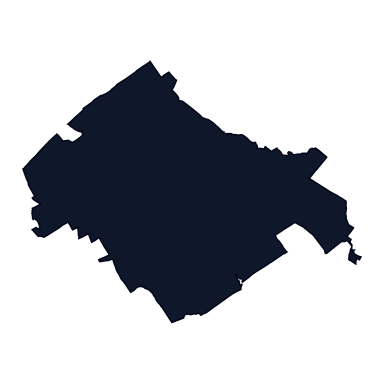 Albesti, Botosani, Romania (Albers equal-area conic projection)
{"feature_id": "2599482B63147515307079", "entity_name": "Albesti", "entity_type": "district", "adm_level": 2, "iso_a3": "ROU", "parent_name": "Romania", "parent_adm1": "Botosani", "projection": "albers", "projection_center": [27.098, 47.691], "detail": "fine", "context": "isolated", "style": "filled", "palette": "ink", "viewbox_px": 384, "rotation_deg": 0, "n_neighbors": 0, "source": "geoboundaries", "source_scale": "gbopen_adm2", "svg_char_len": 5949}
<svg xmlns="http://www.w3.org/2000/svg" viewBox="0 0 384 384"><path d="M125.7,284.6L130.7,292.3L131.3,291.9L133.8,290.4L135.0,289.4L135.9,288.2L137.6,287.1L139.4,286.5L142.3,286.6L142.7,286.9L144.3,287.4L145.0,288.3L145.7,288.6L146.9,288.9L149.6,290.3L149.8,290.8L150.6,291.4L153.2,294.1L153.6,295.7L154.6,296.4L155.1,297.4L155.7,299.0L156.3,300.1L157.8,302.3L160.0,304.6L160.9,306.1L162.1,307.4L171.9,322.5L183.7,317.9L183.7,317.3L184.7,314.9L187.2,314.1L188.7,314.1L189.8,314.6L190.4,314.6L191.6,314.5L193.4,313.9L196.5,314.0L198.7,313.1L200.9,315.2L202.1,314.7L203.4,313.6L204.2,313.5L206.7,312.4L213.7,307.1L216.3,305.4L230.0,295.5L231.8,294.4L232.1,294.0L237.0,291.3L240.9,289.5L240.8,287.7L241.3,286.6L241.9,284.4L239.1,284.5L239.3,283.0L238.9,281.7L239.2,281.6L238.8,280.8L238.4,280.8L237.7,279.8L237.3,278.3L236.3,276.6L236.2,275.8L236.3,275.1L236.1,273.8L237.2,275.7L238.4,276.9L238.8,277.8L239.6,278.7L240.4,279.0L242.2,278.6L243.0,279.4L242.8,279.7L242.1,281.3L242.2,281.9L242.4,282.1L245.3,280.0L249.6,276.7L250.6,275.6L254.4,272.8L267.1,264.8L270.0,262.7L271.6,261.9L283.9,253.4L284.3,253.7L287.0,251.9L285.8,250.8L283.3,247.6L282.7,246.6L282.3,245.5L281.5,244.7L281.0,243.7L279.3,241.5L278.5,240.5L277.1,239.3L275.1,235.3L286.8,227.5L290.2,225.5L294.8,222.4L303.1,226.9L313.3,235.2L324.2,249.5L324.6,250.3L325.4,253.4L325.7,253.3L326.5,253.4L327.1,253.0L335.1,246.5L341.5,241.5L344.4,241.6L347.2,240.5L351.7,245.8L351.6,247.3L351.5,248.0L351.3,248.4L350.5,249.3L350.6,249.6L350.5,250.3L349.7,253.4L349.0,254.8L349.2,255.0L349.3,255.4L349.3,255.9L349.0,256.4L349.3,256.9L348.9,257.7L348.8,258.3L348.8,259.3L349.1,259.8L349.7,260.4L350.2,260.3L350.8,260.4L351.6,261.3L353.7,262.7L354.2,262.6L354.4,262.7L354.5,263.2L354.6,263.3L355.7,264.0L355.9,261.3L356.5,259.4L356.9,259.0L357.6,258.8L358.1,258.9L358.9,259.6L359.4,259.8L361.0,256.9L358.7,256.3L355.2,254.5L354.7,254.0L353.3,252.0L354.3,250.1L352.3,250.5L352.1,249.5L351.3,249.3L351.2,249.0L351.7,248.1L351.8,247.5L351.8,246.3L352.0,245.6L351.9,245.0L351.6,244.4L349.8,242.3L351.0,239.3L349.7,238.7L346.9,236.5L351.7,230.5L353.5,227.8L349.3,225.2L348.2,224.4L348.0,223.0L347.4,222.3L346.5,219.3L346.1,218.8L346.1,215.8L345.6,214.0L345.7,212.9L346.1,210.9L346.0,210.2L346.4,208.8L345.9,205.0L346.1,204.0L346.0,202.7L346.1,201.3L342.5,198.8L340.2,197.4L339.1,197.0L338.3,196.3L336.6,195.2L334.2,194.0L330.3,191.9L309.3,178.5L315.4,170.8L317.2,169.0L318.2,167.6L325.3,159.1L326.7,157.1L318.9,150.5L316.0,148.4L315.6,148.0L313.9,148.9L312.1,148.3L311.1,148.6L310.4,149.3L309.5,149.5L309.1,150.8L307.0,153.3L306.6,154.2L305.5,153.2L302.9,153.4L302.3,153.2L301.4,153.8L300.3,154.2L298.6,154.1L296.0,154.4L294.6,154.8L293.5,154.8L293.1,154.6L291.5,152.8L290.8,152.3L288.8,151.8L288.0,152.6L287.9,152.8L288.5,155.0L288.0,155.9L287.5,156.3L286.5,155.5L285.9,155.3L284.0,155.4L282.7,155.0L282.1,154.4L280.7,152.0L280.0,151.4L279.3,150.5L277.6,149.5L277.2,148.3L276.8,148.2L275.9,148.5L274.4,149.8L273.5,149.9L273.2,150.1L272.9,150.8L272.6,151.1L271.9,151.2L271.3,151.2L270.7,151.0L269.9,150.1L268.9,149.7L268.2,148.8L266.9,148.3L266.3,147.4L265.8,146.9L265.2,146.7L265.0,147.2L264.7,147.5L264.4,148.8L263.8,149.0L262.3,148.6L256.8,148.3L257.3,147.1L257.0,146.8L257.3,145.9L256.0,144.1L255.7,143.5L255.8,143.2L255.7,142.9L255.4,142.6L255.2,143.0L254.7,142.6L254.1,142.5L252.3,142.7L249.6,140.9L248.4,139.7L247.8,138.8L246.6,137.8L243.0,135.2L242.4,135.0L241.2,134.7L238.7,135.1L237.5,135.0L235.6,134.6L233.1,134.7L231.4,133.7L230.0,133.6L226.6,133.7L224.4,133.3L224.0,133.2L224.0,132.2L223.6,132.3L222.9,131.8L221.4,132.0L221.8,131.8L222.2,131.2L221.8,131.0L219.1,128.2L212.8,122.6L208.0,119.4L205.7,119.0L203.9,118.1L202.6,118.0L199.8,115.0L191.9,108.5L183.3,101.8L181.8,101.1L180.3,100.9L179.0,100.3L178.4,99.3L178.6,98.4L178.6,97.9L177.5,96.0L176.0,94.1L171.9,89.9L173.8,86.8L176.5,80.3L175.2,79.2L174.2,78.6L173.9,77.8L171.6,75.5L168.8,72.2L163.8,75.3L163.4,75.9L162.6,76.3L161.2,77.6L150.1,61.5L150.0,61.8L149.4,62.2L143.1,66.3L136.7,70.7L136.1,71.5L134.7,72.6L125.3,79.3L123.3,80.5L117.9,83.9L116.3,85.2L116.4,85.5L114.9,86.9L112.4,88.7L109.3,91.7L107.7,92.5L106.8,93.3L103.1,94.9L102.1,95.7L101.0,95.4L94.4,99.8L93.7,100.5L94.0,100.6L91.1,102.9L84.0,107.9L83.3,108.6L83.7,108.8L83.4,109.7L80.6,112.5L74.7,117.7L70.5,121.8L67.8,124.2L68.7,124.6L69.6,125.3L70.6,126.5L72.5,127.4L72.8,127.8L73.8,128.7L74.5,129.0L75.5,129.8L76.7,130.2L77.8,130.9L80.1,131.7L82.0,131.7L81.8,132.3L82.2,132.9L82.6,134.6L82.5,135.0L82.2,135.5L80.8,136.8L77.6,139.3L74.4,141.4L72.8,142.2L71.5,142.5L70.8,141.5L70.4,141.3L69.6,141.6L68.7,140.4L68.4,140.3L62.9,141.1L61.1,138.7L57.9,134.9L57.1,134.3L56.6,134.2L56.4,134.7L55.1,135.7L48.3,142.1L48.1,142.6L47.1,143.4L40.3,150.6L35.8,155.7L30.1,161.3L28.3,163.6L27.6,164.2L26.8,165.3L25.8,166.0L24.9,167.2L24.4,168.0L23.0,168.9L23.1,169.4L26.1,177.8L26.8,179.5L28.0,182.0L28.3,183.3L28.7,184.1L28.4,184.1L28.5,185.1L34.8,196.3L32.3,198.0L33.6,199.7L40.6,204.2L34.1,207.6L32.3,208.3L32.5,208.7L32.7,210.0L32.4,210.6L32.0,210.9L32.5,211.8L32.5,212.1L32.4,212.5L31.9,213.0L32.2,213.8L32.4,216.1L32.7,216.6L32.7,217.0L32.5,217.7L32.5,218.3L32.8,218.9L33.2,219.5L34.2,218.8L34.9,218.8L35.1,218.9L35.8,219.7L36.0,219.5L36.4,219.7L38.2,222.2L39.3,225.5L39.6,226.2L40.0,227.3L38.6,228.7L38.0,229.0L36.0,227.5L32.3,229.6L32.1,229.8L33.2,230.7L37.1,235.2L38.4,236.4L39.0,236.1L40.7,236.2L42.2,236.5L43.7,237.2L45.6,236.3L58.2,228.4L60.4,226.9L62.5,225.1L63.8,224.5L68.0,222.1L69.9,224.9L72.6,229.8L76.5,228.0L77.8,227.3L78.6,236.0L79.0,237.4L78.9,238.5L83.7,236.3L85.1,235.4L88.5,233.8L91.7,242.3L95.4,240.2L99.0,237.4L104.7,247.5L106.0,249.3L109.2,254.4L108.8,254.8L108.6,255.3L108.1,255.6L103.5,257.7L100.2,259.0L98.7,259.8L98.7,260.0L99.9,261.6L100.1,261.7L105.2,260.8L107.6,260.6L110.6,259.7L112.5,258.9L113.0,259.8L114.5,264.5L115.3,266.2L116.5,270.2L118.2,273.4L119.1,274.6L121.2,279.0L123.1,281.2L125.7,284.6Z" fill="#0f172a" stroke="#020617" stroke-width="1.5"/></svg>